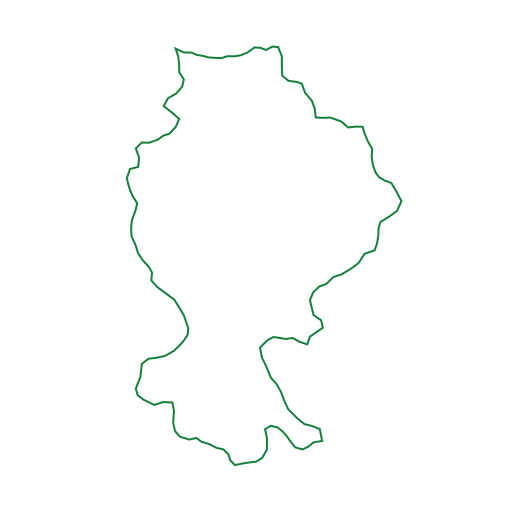 outline of Careaçu, Minas Gerais, Brazil, rotated 187°
{"feature_id": "56859067B66204564146024", "entity_name": "Careaçu", "entity_type": "district", "adm_level": 2, "iso_a3": "BRA", "parent_name": "Brazil", "parent_adm1": "Minas Gerais", "projection": "robinson", "projection_center": [-45.665, -22.072], "detail": "fine", "context": "isolated", "style": "outline", "palette": "green", "viewbox_px": 512, "rotation_deg": 187, "n_neighbors": 0, "source": "geoboundaries", "source_scale": "gbopen_adm2", "svg_char_len": 2182}
<svg xmlns="http://www.w3.org/2000/svg" viewBox="0 0 512 512"><g transform="rotate(187 256 256)"><path d="M356.2,135.0L356.0,122.2L359.1,109.7L356.4,103.4L350.1,99.7L339.0,95.8L330.3,99.7L321.2,100.4L318.6,92.7L317.9,80.5L315.0,72.3L309.5,67.4L299.9,65.7L293.0,68.1L287.4,65.0L279.5,63.6L272.0,60.8L264.9,60.1L259.2,55.7L256.5,50.0L251.4,45.9L244.8,48.2L238.2,50.1L231.0,51.8L225.3,56.3L221.6,65.0L222.8,76.1L225.9,85.1L220.7,89.3L213.8,88.5L208.2,85.1L203.8,81.2L199.8,76.8L193.8,70.8L186.2,69.7L181.0,73.0L176.1,78.1L167.8,80.5L171.6,92.0L179.7,94.1L187.5,95.1L195.8,100.3L205.5,108.0L210.9,116.9L214.9,124.6L220.2,131.6L226.4,137.0L232.5,147.9L237.7,155.8L240.9,165.6L234.3,173.9L228.9,177.7L215.9,177.3L209.7,179.1L202.5,176.2L194.4,174.5L192.6,182.6L180.9,193.0L183.6,200.2L191.7,204.4L197.1,218.7L194.8,226.9L189.6,233.3L182.7,236.9L176.7,244.6L168.8,248.2L163.5,252.4L158.1,256.8L153.0,262.1L148.5,271.4L138.9,276.1L137.4,283.2L137.1,291.6L137.8,298.0L136.5,305.1L129.1,310.9L121.5,317.9L118.3,328.2L124.9,337.6L130.5,344.9L137.4,346.6L143.2,349.0L147.6,353.6L151.0,360.5L153.3,368.6L153.7,376.4L159.0,383.5L163.0,390.6L165.9,397.3L172.6,396.6L180.3,394.8L187.5,399.8L199.0,402.5L206.9,401.2L213.6,400.8L215.7,409.4L219.6,417.1L227.1,423.8L231.6,432.7L237.3,433.8L245.1,433.8L251.9,438.2L253.4,447.0L254.7,457.4L259.5,466.1L265.1,465.9L271.2,461.7L276.9,463.2L282.9,462.8L289.2,457.0L295.4,453.5L301.1,451.7L308.9,450.8L314.4,448.2L320.2,447.7L327.3,447.3L333.6,448.2L339.3,448.4L344.9,450.0L352.7,449.3L361.1,452.1L357.5,444.6L355.8,437.5L354.5,428.9L349.1,422.3L350.0,415.0L355.1,407.4L362.6,401.9L365.9,393.5L357.7,388.6L348.9,382.7L351.4,374.4L356.9,366.8L362.5,364.3L367.7,359.5L375.9,355.4L383.2,354.7L388.4,348.1L383.9,339.0L383.9,330.1L391.6,327.0L393.7,317.5L391.4,311.3L388.7,305.3L385.3,299.8L380.3,293.8L381.2,286.3L383.6,275.9L383.2,267.2L381.8,260.2L377.0,252.4L373.4,244.4L367.7,237.8L361.1,232.1L357.2,226.9L356.9,219.0L350.0,213.0L340.1,207.5L331.7,202.6L325.2,194.6L320.4,188.4L317.6,182.6L314.4,176.0L314.3,169.4L317.0,163.8L320.4,158.7L326.0,151.8L334.2,145.7L343.2,142.6L350.1,141.0L356.2,135.0Z" fill="none" stroke="#15803d" stroke-width="2"/></g></svg>